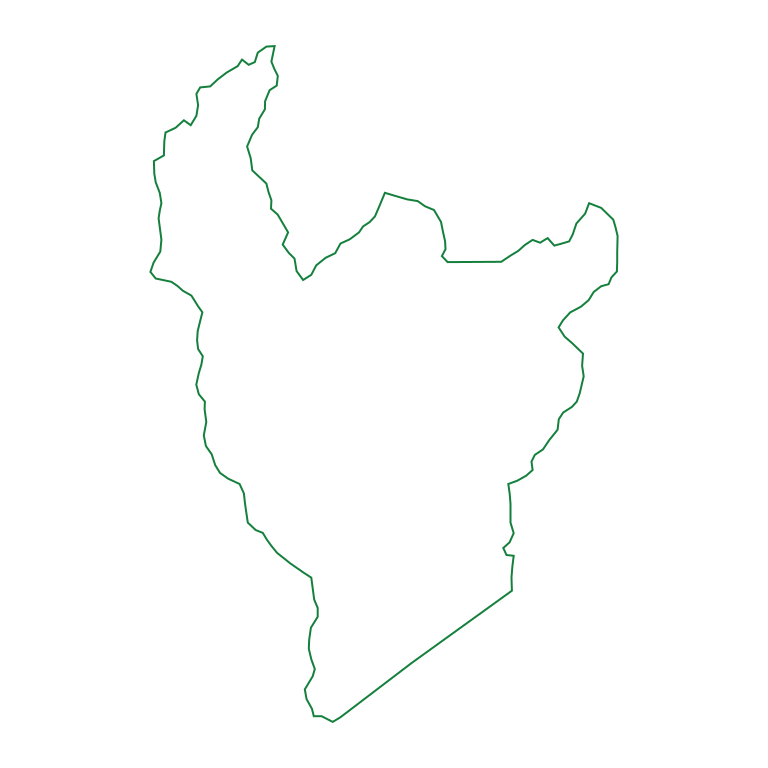 Estrela do Norte, Goiás, Brazil
{"feature_id": "56859067B35338978150564", "entity_name": "Estrela do Norte", "entity_type": "district", "adm_level": 2, "iso_a3": "BRA", "parent_name": "Brazil", "parent_adm1": "Goiás", "projection": "robinson", "projection_center": [-49.092, -13.811], "detail": "fine", "context": "isolated", "style": "outline", "palette": "green", "viewbox_px": 768, "rotation_deg": 0, "n_neighbors": 0, "source": "geoboundaries", "source_scale": "gbopen_adm2", "svg_char_len": 2486}
<svg xmlns="http://www.w3.org/2000/svg" viewBox="0 0 768 768"><path d="M589.1,203.2L585.1,213.7L576.4,223.5L572.7,234.5L569.1,241.4L562.0,243.5L554.3,245.6L547.6,238.1L540.1,242.7L532.6,239.9L524.7,245.1L518.4,250.8L510.5,255.6L501.2,261.8L447.6,262.1L441.9,256.1L445.5,249.2L445.1,241.4L443.0,231.9L441.0,221.9L434.0,210.0L425.1,206.3L417.7,201.1L407.3,199.4L394.5,195.7L384.9,192.8L379.1,206.8L374.9,216.5L369.5,222.2L363.1,226.4L359.0,232.4L349.6,239.4L340.5,243.5L335.2,253.2L325.6,257.8L316.2,265.4L311.3,274.8L303.1,280.0L296.6,271.1L294.5,258.6L288.8,252.9L282.7,244.6L288.1,232.4L281.7,221.4L277.7,214.6L271.0,208.7L271.4,200.3L268.5,192.0L266.4,183.6L258.5,176.2L252.3,170.4L250.7,158.2L247.1,146.5L252.1,134.7L257.8,127.2L259.2,118.7L264.9,109.3L265.1,101.2L269.6,90.2L276.7,85.6L277.8,75.9L274.2,68.6L271.4,61.6L274.6,46.1L266.4,46.6L257.8,52.6L254.8,62.1L248.7,64.8L242.0,59.6L237.7,66.1L226.6,72.6L217.8,79.3L210.2,86.4L200.2,87.4L196.4,93.9L198.1,105.2L196.4,115.8L190.7,125.2L183.9,120.3L175.7,127.7L165.5,132.5L164.3,141.5L163.9,155.4L153.9,161.1L154.3,173.6L155.7,182.2L159.8,193.0L161.4,203.2L159.8,210.5L158.6,218.3L161.4,239.7L160.3,251.6L153.6,262.6L150.4,271.9L155.7,278.5L162.8,280.0L171.4,281.8L177.4,285.9L182.8,290.7L191.4,295.6L198.1,306.3L202.4,312.3L200.2,320.9L197.7,331.0L197.1,340.4L198.1,349.0L202.8,356.3L201.3,364.9L198.8,373.1L196.3,384.6L198.8,394.2L204.9,401.6L204.6,409.3L206.3,422.0L203.8,435.4L205.9,446.0L211.7,454.3L215.2,465.1L220.0,472.9L228.2,478.7L239.6,484.0L243.9,493.4L244.8,501.8L246.0,510.5L247.8,522.6L255.6,530.0L262.8,532.9L266.7,539.4L271.4,545.9L277.1,552.9L290.3,563.4L303.1,572.3L311.3,577.7L314.2,599.6L317.7,607.9L317.7,616.8L310.9,627.7L309.2,639.6L308.8,648.7L311.3,659.3L314.8,669.0L312.7,676.3L304.8,689.4L306.6,699.2L312.0,708.9L313.8,716.2L321.6,716.2L332.7,721.9L340.5,717.2L411.6,663.0L511.9,590.7L511.5,577.4L512.3,567.1L513.7,555.8L506.5,555.0L503.3,548.0L509.6,542.3L513.7,533.2L510.5,522.6L510.5,511.3L510.5,503.8L509.7,493.8L508.3,484.0L517.3,480.7L526.2,475.7L532.6,470.0L531.5,461.6L534.8,454.9L543.0,449.4L549.3,440.0L557.6,429.7L558.8,419.2L563.2,412.5L571.8,407.0L576.8,401.6L579.8,393.0L583.7,376.3L582.1,365.8L583.0,353.6L572.3,343.3L564.7,336.7L558.6,327.4L562.9,320.4L570.2,312.4L580.9,306.7L588.7,300.1L593.7,292.0L601.2,286.2L608.6,284.2L611.5,277.3L616.9,271.5L617.2,262.3L617.2,252.1L617.6,236.0L615.5,227.2L613.3,219.7L601.2,207.9L589.1,203.2Z" fill="none" stroke="#15803d" stroke-width="2"/></svg>